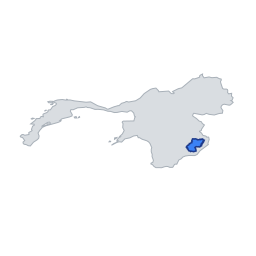 Sakon Nakhon on a map of Thailand (Equal Earth projection), rotated 83°
{"feature_id": "THA-447", "entity_name": "Sakon Nakhon", "entity_type": "Province", "adm_level": 1, "iso_a3": "THA", "parent_name": "Thailand", "parent_adm1": "", "projection": "equal_earth", "projection_center": [103.778, 17.422], "detail": "fine", "context": "in_parent", "style": "filled", "palette": "blue", "viewbox_px": 256, "rotation_deg": 83, "n_neighbors": 0, "source": "natural_earth", "source_scale": "10m", "svg_char_len": 6407}
<svg xmlns="http://www.w3.org/2000/svg" viewBox="0 0 256 256"><g transform="rotate(83 128 128)"><path d="M113.3,21.5L113.4,22.5L114.3,21.2L115.4,20.5L117.5,23.5L117.7,24.8L116.1,29.6L116.4,31.2L117.4,32.5L118.6,33.2L119.8,33.0L122.2,31.7L124.8,32.5L124.7,35.7L125.6,40.8L124.3,45.9L123.0,48.5L123.9,50.7L124.0,52.8L121.4,60.9L121.9,61.5L123.5,62.4L124.2,62.1L126.9,58.9L129.8,56.5L130.8,54.4L132.6,53.7L134.3,51.8L138.1,55.1L139.1,55.4L139.6,55.9L139.8,57.3L140.3,57.5L141.9,55.7L144.5,54.5L145.5,51.7L146.8,50.8L146.7,49.5L147.0,49.0L149.2,48.8L152.5,50.3L153.6,50.6L154.2,50.3L159.3,59.2L162.7,62.6L163.5,65.0L162.7,71.0L162.8,74.4L163.5,77.1L165.0,78.9L166.0,81.5L169.9,84.0L169.6,84.7L169.8,86.3L172.3,88.2L172.5,88.8L172.2,91.3L171.1,93.1L170.8,94.7L170.9,96.5L171.5,99.4L170.7,105.2L169.3,106.9L167.4,108.1L166.4,109.7L165.6,109.3L165.2,107.6L163.2,106.7L159.2,107.6L157.2,107.2L154.5,107.8L151.9,107.5L150.4,106.8L146.0,108.1L144.2,109.3L142.9,111.0L140.9,115.3L138.9,117.9L138.9,119.0L136.5,119.7L136.6,123.4L138.0,127.4L138.4,132.4L141.2,136.0L140.6,138.5L141.0,140.9L143.1,146.5L141.6,143.9L141.2,142.1L139.4,139.3L138.8,140.6L136.7,138.5L135.8,136.5L135.4,137.4L133.3,134.4L131.2,132.9L130.0,132.1L126.9,133.2L123.1,132.4L121.6,133.1L121.0,132.7L120.6,131.8L121.7,121.3L118.4,120.0L117.8,119.3L117.1,120.1L113.8,120.5L111.4,122.4L111.1,124.0L112.2,126.9L110.8,132.1L111.2,137.0L111.0,139.7L109.4,143.2L108.9,145.9L107.0,150.1L105.8,155.4L105.5,158.5L103.2,163.3L102.7,165.9L101.9,166.9L102.2,169.0L101.8,175.5L103.2,180.2L102.8,182.4L104.3,183.2L107.9,181.7L109.2,182.1L109.9,184.7L110.8,192.4L112.3,194.8L112.7,193.6L113.4,194.8L114.0,197.1L115.8,209.3L116.8,212.5L115.7,211.7L115.1,207.9L114.0,207.7L114.4,205.3L113.7,204.4L112.6,205.1L112.6,207.0L115.5,213.1L117.3,213.3L119.6,215.9L122.0,217.9L125.1,217.2L127.3,217.9L128.6,219.5L130.6,223.6L133.9,227.1L133.4,229.2L132.1,231.0L131.4,233.2L130.5,233.9L129.2,233.9L127.9,232.0L124.6,233.8L123.9,235.6L123.0,236.0L121.6,234.0L121.7,232.9L122.6,231.3L122.4,227.1L120.4,227.0L119.1,223.8L118.7,223.5L117.7,224.0L114.6,222.5L113.7,220.6L112.8,220.7L112.1,224.1L109.4,219.6L107.5,217.7L107.8,214.3L106.5,213.6L106.0,212.6L106.5,210.6L104.7,210.9L103.8,210.4L102.8,206.7L101.9,205.3L100.8,205.3L100.4,204.6L100.5,202.8L97.6,200.2L96.7,197.3L95.4,196.0L94.5,196.4L93.6,198.5L92.9,198.3L92.3,197.8L91.6,194.9L91.7,189.8L92.6,186.8L93.1,182.1L94.5,178.1L97.3,166.5L97.5,161.9L102.2,155.4L105.4,147.9L106.5,146.8L106.9,145.5L105.3,139.5L104.6,135.3L104.7,134.2L102.7,131.4L102.2,128.2L101.7,127.1L101.5,126.1L102.3,124.2L101.9,117.1L99.7,112.2L95.8,107.7L92.4,101.1L91.9,98.7L91.8,95.4L94.7,93.2L95.8,93.0L96.3,83.1L98.7,81.2L99.2,80.4L99.5,78.7L98.9,77.8L97.4,79.4L97.1,79.0L95.1,73.2L94.7,69.7L87.0,57.8L87.4,55.8L86.3,50.7L85.1,50.6L84.3,49.7L83.5,47.4L85.1,47.7L87.5,46.4L87.2,41.4L88.3,38.6L88.5,33.8L90.4,31.0L90.6,29.7L91.7,29.5L93.0,30.5L94.4,30.5L100.3,29.3L101.1,28.1L101.4,25.5L102.0,24.6L103.3,24.4L104.8,24.9L106.4,23.9L106.2,20.9L109.0,21.4L110.8,20.0L113.3,21.5ZM93.8,199.8L93.3,203.6L92.2,204.4L91.9,202.2L92.5,198.6L92.8,199.5L93.8,199.8ZM111.8,177.7L111.6,179.6L110.6,180.1L110.3,178.1L111.8,177.7ZM136.4,140.2L137.6,142.8L136.2,142.5L136.0,140.0L136.4,140.2ZM107.1,222.9L106.5,221.8L107.0,220.1L107.6,222.2L107.1,222.9ZM95.6,200.3L95.3,202.3L94.8,199.5L95.6,200.3ZM111.8,176.1L111.3,175.9L110.8,174.7L111.5,174.7L111.8,176.1ZM100.4,206.5L101.1,208.9L100.3,207.8L100.4,206.5ZM139.5,147.0L139.4,148.5L138.7,147.9L139.1,146.8L139.5,147.0ZM92.5,185.2L91.8,185.8L92.4,184.3L92.5,185.2Z" fill="#d9dde1" stroke="#a8b0b8" stroke-width="1"/><path d="M148.5,55.1L148.8,55.0L148.9,54.9L149.0,54.8L149.0,54.7L149.1,54.2L149.3,54.1L149.4,53.9L149.5,54.0L149.8,54.0L150.0,54.1L150.2,54.3L150.3,54.3L150.5,54.6L150.8,54.7L150.8,54.8L150.7,54.8L150.6,55.0L150.6,55.3L150.8,55.4L151.0,55.4L151.0,55.5L151.3,55.6L151.5,55.8L151.7,56.0L151.8,56.1L152.0,55.9L152.0,55.7L152.1,55.8L152.2,56.0L152.3,56.0L152.3,56.4L152.3,56.5L152.2,56.5L152.2,56.8L152.4,57.1L152.5,57.1L152.5,56.9L152.9,56.8L153.0,56.8L153.1,56.7L153.2,56.8L153.3,56.9L153.4,56.7L153.6,56.7L153.6,56.9L153.6,57.0L153.8,57.0L153.9,57.3L153.8,57.5L154.0,57.7L154.0,57.8L154.0,58.0L154.3,58.1L154.5,58.1L154.7,57.8L154.8,57.7L154.9,58.0L154.9,58.3L155.0,58.4L155.2,58.5L155.3,58.7L155.4,58.8L155.4,59.0L155.5,59.1L155.4,59.3L155.5,59.5L155.4,59.9L155.3,60.0L155.2,60.1L155.1,60.5L155.2,60.8L155.1,61.1L155.1,61.3L155.1,61.5L155.0,61.8L154.8,62.3L154.8,62.5L155.2,63.4L155.2,63.6L155.3,63.7L155.5,63.8L155.8,63.7L155.7,63.6L155.8,63.6L156.0,63.7L156.0,63.8L156.2,63.7L156.3,63.5L156.4,63.4L156.7,63.4L156.9,63.4L157.1,63.5L157.3,63.4L157.6,63.4L157.9,63.3L158.0,63.2L158.6,63.3L159.1,63.2L159.2,63.3L159.2,63.5L159.2,63.9L159.2,64.2L159.3,64.3L159.3,64.5L159.3,64.8L159.4,65.0L159.4,65.3L159.4,65.5L159.5,65.6L159.5,65.8L159.4,65.9L159.4,66.1L159.2,66.2L159.2,66.3L159.1,66.8L159.0,67.2L159.0,67.4L159.0,67.5L158.8,67.8L158.7,67.9L158.7,68.0L158.6,68.4L158.6,68.5L158.8,68.6L159.0,68.8L158.9,69.0L158.2,69.7L158.1,69.8L158.0,70.1L158.0,70.3L157.9,70.3L157.7,70.5L157.3,70.8L156.8,71.0L156.7,71.0L156.5,70.9L156.4,70.9L156.2,70.9L156.1,71.1L156.1,71.3L155.9,71.6L155.5,71.8L155.3,71.6L155.1,71.5L155.0,71.4L154.9,71.4L154.9,71.5L154.7,71.7L154.5,71.8L154.4,72.0L154.2,72.1L154.2,72.4L154.1,72.5L153.9,72.4L153.8,72.2L153.7,72.1L153.4,71.9L153.0,71.6L152.9,71.3L152.9,71.2L152.5,70.9L152.4,70.8L152.4,70.7L152.3,70.4L152.4,70.1L152.3,69.9L152.0,69.7L151.9,69.5L151.7,69.3L151.6,69.2L151.4,69.0L151.2,69.0L150.9,69.0L150.9,68.9L150.9,68.7L151.0,68.6L151.0,68.0L151.0,67.9L150.9,67.8L150.8,67.7L150.7,67.7L150.5,67.3L150.4,67.2L150.2,67.0L150.2,66.9L150.1,67.0L149.9,66.9L149.6,66.6L149.2,66.3L149.0,66.2L148.9,66.0L148.7,66.2L148.4,66.2L148.2,66.2L147.6,65.7L147.4,65.6L147.2,65.6L146.9,65.5L146.8,65.3L146.6,65.1L146.6,64.9L146.6,64.7L146.8,64.4L146.9,64.2L147.0,63.9L147.1,63.7L146.9,63.3L146.9,63.2L146.9,62.8L146.9,62.7L147.0,62.4L147.0,62.2L147.2,61.9L147.3,61.5L147.4,61.4L147.5,61.1L147.6,60.9L147.8,60.9L148.0,60.8L148.1,60.7L148.2,60.3L148.2,60.0L148.2,59.7L148.2,59.4L148.3,59.0L148.3,58.8L148.2,58.6L148.1,58.4L147.9,58.1L148.0,57.9L148.0,57.5L148.0,57.4L148.0,57.2L148.1,57.3L148.3,57.2L148.2,57.1L148.2,56.8L148.3,56.6L148.3,56.4L148.2,56.2L148.2,55.9L148.3,55.8L148.2,55.7L148.0,55.3L148.0,55.2L148.4,55.1L148.5,55.1Z" fill="#3b82f6" stroke="#1e3a8a" stroke-width="1.5"/></g></svg>